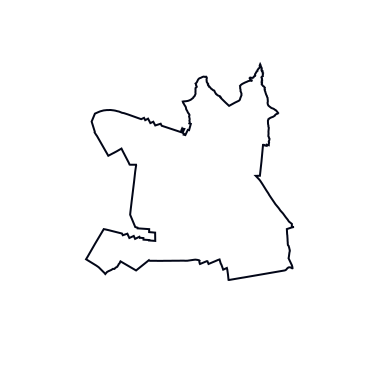 the district of San Juan Atenco, Puebla, Mexico, rotated 148°
{"feature_id": "50627088B89764628782430", "entity_name": "San Juan Atenco", "entity_type": "district", "adm_level": 2, "iso_a3": "MEX", "parent_name": "Mexico", "parent_adm1": "Puebla", "projection": "mercator", "projection_center": [-97.57, 19.047], "detail": "fine", "context": "isolated", "style": "outline", "palette": "ink", "viewbox_px": 384, "rotation_deg": 148, "n_neighbors": 0, "source": "geoboundaries", "source_scale": "gbopen_adm2", "svg_char_len": 5880}
<svg xmlns="http://www.w3.org/2000/svg" viewBox="0 0 384 384"><g transform="rotate(148 192 192)"><path d="M154.8,76.3L153.5,76.2L153.0,76.3L152.0,76.7L151.1,76.8L150.7,76.9L149.8,76.8L149.1,76.4L148.7,76.1L147.9,75.0L147.5,74.2L147.2,74.1L146.9,74.6L146.5,75.6L146.1,77.0L145.4,83.2L145.2,84.7L144.8,85.0L144.6,85.3L144.2,85.7L141.4,89.1L140.6,89.8L140.4,90.3L140.0,90.6L139.5,92.2L139.1,93.3L138.6,95.2L138.7,95.6L138.8,96.1L137.9,98.0L137.5,98.5L137.0,99.6L136.0,101.3L134.5,104.1L134.2,104.6L133.7,105.8L131.2,110.3L126.3,109.1L124.1,108.3L125.8,109.6L124.2,112.0L125.5,115.7L125.5,117.7L125.9,121.2L126.2,125.6L126.9,129.5L127.0,132.2L127.7,137.3L128.0,145.4L128.1,148.7L128.0,150.0L128.1,153.9L128.1,162.2L128.2,165.5L128.3,166.4L128.5,167.6L129.4,171.9L125.8,169.8L116.8,181.2L106.9,194.2L105.6,192.9L105.5,193.2L104.2,191.6L103.5,192.5L102.1,191.0L101.5,191.9L100.5,193.0L100.3,193.3L100.4,193.6L100.1,194.2L99.0,195.0L98.6,195.4L98.1,196.0L98.0,196.5L98.1,197.1L97.7,197.8L97.7,198.8L96.8,200.1L96.3,200.7L95.1,202.8L92.8,205.8L92.6,206.9L92.0,207.8L91.7,208.8L91.3,209.7L89.9,212.1L89.5,212.6L89.0,212.8L88.5,213.3L88.1,213.2L87.6,213.4L85.7,213.3L83.7,212.9L83.0,212.8L81.1,212.9L80.6,213.3L79.3,213.4L77.3,213.0L77.0,212.5L77.3,215.5L77.7,217.3L78.1,217.7L78.4,218.7L78.9,219.6L80.0,221.0L80.2,221.3L80.7,222.7L80.9,223.1L81.4,224.7L81.4,225.2L81.2,226.3L80.8,227.3L80.6,227.7L79.9,228.3L79.6,228.9L78.9,230.0L78.7,230.6L78.4,231.1L78.0,231.8L77.9,233.2L77.6,233.8L77.5,235.4L77.3,235.9L77.2,236.5L76.9,237.7L76.6,238.4L76.6,239.2L76.4,239.7L75.9,240.2L76.0,240.8L75.6,241.3L75.1,241.6L74.9,241.9L75.1,242.3L75.1,243.3L75.5,244.0L75.6,244.3L75.7,245.7L75.9,246.2L75.8,246.5L75.4,246.7L75.0,247.1L75.1,247.5L75.0,247.8L74.6,247.8L74.4,248.0L74.5,248.6L74.1,249.2L73.8,249.3L73.5,249.3L73.3,250.0L73.1,250.0L72.7,250.7L72.5,251.2L72.5,252.2L72.1,252.6L71.0,252.7L70.5,252.7L70.3,253.1L70.2,253.6L69.6,254.0L69.3,254.9L69.2,255.0L68.7,255.2L68.8,255.8L68.5,256.4L68.2,256.8L68.1,257.1L68.0,257.4L68.1,257.6L68.1,257.9L68.2,258.1L68.6,258.0L68.5,258.5L68.4,258.7L68.1,259.1L67.6,259.5L67.3,259.9L67.1,260.8L67.1,261.4L67.0,262.0L66.9,262.5L66.6,263.3L66.5,264.2L67.6,263.4L68.0,262.5L68.2,261.7L68.5,261.5L70.0,261.5L70.5,261.2L71.4,260.9L71.8,260.7L72.3,260.0L73.3,260.0L73.7,259.6L74.3,259.4L74.8,259.1L75.7,258.7L76.0,258.5L76.4,258.1L76.7,257.2L77.1,257.0L77.6,257.2L78.4,257.1L78.8,256.9L79.0,256.6L79.5,256.6L80.0,256.6L80.4,256.8L81.2,257.4L82.0,258.2L82.8,258.0L82.9,256.7L82.8,255.9L82.2,255.0L82.6,254.7L83.7,255.7L85.9,256.3L87.1,256.4L88.7,256.7L91.8,257.0L92.4,257.0L93.8,256.9L94.4,256.7L94.7,256.5L95.1,256.5L95.3,255.9L96.3,254.2L96.5,253.3L96.9,252.6L97.5,251.6L97.5,251.0L97.9,249.2L98.5,248.4L98.7,247.9L101.3,246.0L102.5,244.9L103.4,244.6L104.4,244.6L108.0,245.0L114.9,245.4L116.2,250.2L116.8,252.7L117.6,256.0L117.7,256.6L117.4,256.7L117.4,257.0L117.8,257.5L117.9,257.8L117.8,258.0L117.5,258.1L117.5,258.3L118.5,259.6L119.0,260.4L119.6,262.1L119.5,262.3L119.7,262.6L119.6,265.0L119.4,265.9L119.5,266.4L120.0,266.9L120.0,267.1L120.4,267.7L120.5,268.4L120.8,269.0L121.0,269.4L121.2,271.1L121.4,272.0L121.6,272.1L121.5,272.3L121.4,272.3L121.4,272.7L121.6,272.9L121.8,273.7L121.7,274.6L121.5,274.9L121.1,274.9L121.0,275.2L121.0,275.5L121.2,276.1L121.2,277.4L120.9,278.1L120.7,278.2L120.5,278.8L120.3,279.4L119.8,280.0L119.0,280.8L118.9,281.1L118.8,281.6L119.0,282.4L119.9,282.6L120.8,283.6L122.0,284.0L124.2,284.2L125.4,284.5L126.4,284.4L127.6,283.9L129.6,282.6L130.9,282.1L131.5,282.1L131.6,281.2L131.8,280.8L131.8,280.5L132.1,280.1L132.1,278.9L132.3,278.6L133.9,278.3L134.1,278.1L134.2,277.9L134.3,277.6L134.9,276.9L135.0,276.6L135.6,275.6L135.9,275.3L136.0,275.1L136.4,274.5L136.7,273.8L137.2,273.2L138.4,272.4L138.7,272.1L139.0,272.1L139.6,271.8L140.6,271.6L141.2,271.2L144.3,270.9L146.7,271.3L147.6,271.6L149.9,272.6L150.7,273.1L151.9,273.6L152.2,272.4L152.2,270.7L152.3,269.0L152.2,268.5L152.3,267.2L153.1,265.1L153.1,263.5L153.4,261.3L153.2,260.2L153.3,258.7L153.9,258.0L154.4,257.7L155.2,255.3L155.8,254.4L156.4,253.9L156.9,252.4L157.3,252.0L157.9,251.6L156.9,250.4L161.7,246.0L162.6,246.9L167.5,243.8L168.7,245.1L168.0,245.7L168.6,247.3L165.1,249.5L166.1,250.5L166.7,250.3L166.7,251.1L167.9,250.3L169.7,248.7L182.3,263.9L182.6,264.2L182.4,266.5L187.9,267.9L187.6,272.1L190.8,272.5L190.4,277.5L193.6,277.7L193.4,280.3L196.5,280.7L205.2,291.7L207.9,294.9L209.4,296.3L211.2,298.8L213.0,300.6L213.8,301.5L215.0,302.6L217.6,304.7L221.0,306.7L223.7,308.0L227.0,309.0L228.6,309.3L232.8,309.9L239.8,304.9L242.5,294.6L243.0,294.2L243.0,291.3L242.9,290.0L243.8,267.1L234.5,266.4L228.8,266.2L229.1,263.2L230.1,250.5L230.4,248.3L229.8,247.8L225.0,244.8L225.2,244.3L229.2,239.6L235.7,231.4L248.0,216.2L254.9,207.6L256.5,205.5L258.6,192.9L258.7,192.4L257.1,190.6L257.4,190.0L248.0,183.2L249.6,180.7L244.8,177.1L249.1,170.0L254.0,173.6L253.7,173.9L258.4,177.3L257.6,178.7L260.2,180.6L260.5,180.7L260.3,181.9L265.1,182.4L264.7,185.6L269.5,186.2L268.9,190.9L273.6,192.0L273.4,193.9L283.0,203.9L285.0,205.9L286.5,207.3L288.0,206.5L301.4,199.6L314.7,192.5L317.5,191.1L312.1,180.2L311.0,177.6L309.1,169.5L309.0,168.4L306.4,169.2L304.7,169.1L302.0,168.7L300.2,168.7L299.7,168.7L298.8,168.0L298.6,167.9L298.4,167.9L297.1,168.3L296.6,168.3L295.4,168.2L295.0,168.2L294.4,168.5L294.2,168.7L293.5,168.9L292.5,169.6L291.9,169.8L291.3,169.8L290.3,170.6L289.4,171.1L281.0,155.1L264.7,157.0L264.7,156.7L264.2,156.0L255.2,150.3L235.0,137.9L234.4,137.4L232.4,136.2L226.1,133.4L224.9,132.8L223.1,131.3L222.1,130.2L222.0,129.8L222.3,129.7L222.7,129.0L223.0,128.3L223.0,127.9L223.4,127.2L223.4,126.7L216.1,125.5L215.6,125.1L216.1,122.2L210.5,121.3L210.0,121.2L206.0,120.6L204.4,120.2L205.6,115.9L205.5,115.2L206.0,112.8L206.7,109.6L202.7,109.1L203.2,107.5L205.2,103.0L207.6,98.1L207.3,97.8L194.6,92.6L193.7,92.2L154.8,76.3Z" fill="none" stroke="#020617" stroke-width="2"/></g></svg>